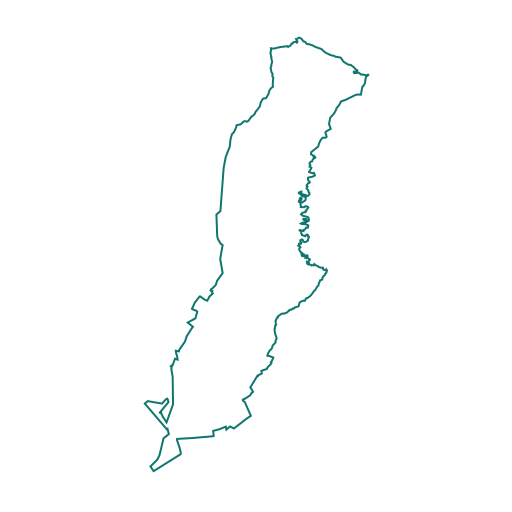 the district of Mereni, Covasna, Romania, rotated 3°
{"feature_id": "2599482B11126024724962", "entity_name": "Mereni", "entity_type": "district", "adm_level": 2, "iso_a3": "ROU", "parent_name": "Romania", "parent_adm1": "Covasna", "projection": "orthographic", "projection_center": [26.261, 46.117], "detail": "fine", "context": "isolated", "style": "outline", "palette": "teal", "viewbox_px": 512, "rotation_deg": 3, "n_neighbors": 0, "source": "geoboundaries", "source_scale": "gbopen_adm2", "svg_char_len": 6079}
<svg xmlns="http://www.w3.org/2000/svg" viewBox="0 0 512 512"><g transform="rotate(3 256 256)"><path d="M191.1,457.9L191.2,456.6L190.1,452.5L186.7,443.8L186.8,442.8L202.8,441.0L222.8,438.2L223.2,438.0L222.4,432.9L228.5,430.9L234.8,428.0L235.5,430.9L239.0,427.6L243.0,429.4L255.4,418.7L259.2,415.9L252.5,402.5L250.7,401.2L250.3,400.5L250.6,399.9L252.5,399.1L257.5,395.4L258.5,393.3L260.2,391.8L257.2,387.5L263.6,375.7L264.1,375.8L264.1,375.2L268.0,373.0L267.4,370.4L272.8,368.2L273.4,366.5L276.1,363.6L277.1,361.9L277.1,361.6L276.5,361.2L277.6,359.4L278.6,356.5L275.0,355.3L272.6,355.0L272.5,354.7L273.3,352.3L274.7,349.5L276.2,348.2L276.9,346.6L277.3,344.6L280.0,341.4L280.0,339.5L280.8,337.7L280.8,336.5L279.5,333.6L278.8,331.1L278.3,327.9L278.7,327.2L278.6,326.1L279.1,323.9L279.6,323.8L278.9,320.1L279.9,317.2L280.7,316.6L280.7,315.7L281.2,315.5L281.3,314.9L284.4,312.5L285.9,312.0L286.6,312.2L289.7,311.0L290.7,309.8L291.5,309.4L291.7,308.7L293.2,307.7L294.1,307.8L295.8,306.4L296.2,306.6L297.6,305.3L300.6,304.3L301.3,303.6L301.5,301.9L302.2,299.9L305.4,298.1L307.1,298.2L308.2,295.7L309.4,295.4L312.4,293.0L314.9,289.5L315.3,288.4L316.6,287.3L318.9,283.1L319.9,282.2L319.9,281.3L320.4,279.2L321.0,278.4L321.2,277.0L323.4,276.0L323.5,273.9L324.2,273.3L324.3,272.7L325.9,271.2L326.2,269.8L326.7,269.6L327.3,268.5L327.6,266.6L326.9,265.7L326.7,266.3L326.1,266.6L324.0,266.1L323.7,265.5L323.8,264.3L324.3,264.1L321.4,264.3L319.4,263.8L318.3,262.8L316.3,262.3L314.6,261.0L314.0,262.3L312.4,262.2L312.1,262.5L310.9,261.8L309.6,261.8L309.2,261.4L308.0,261.5L307.7,260.6L306.7,259.9L307.1,260.0L307.1,259.2L307.8,259.6L308.2,259.1L309.1,259.9L308.8,258.6L309.5,257.3L309.8,257.3L309.9,256.5L308.0,255.6L305.6,255.3L305.9,254.9L307.4,254.7L307.6,253.3L307.4,253.0L306.8,253.4L306.7,253.0L306.2,253.3L306.1,252.9L304.3,253.8L303.4,253.8L303.3,253.4L304.0,252.6L304.0,252.3L301.8,253.3L301.4,252.0L303.3,252.1L302.5,251.1L300.6,249.9L299.0,247.8L298.7,246.9L298.9,246.3L299.9,244.9L297.7,243.5L298.1,243.0L298.2,242.2L298.6,242.5L298.7,241.9L299.0,242.1L299.3,241.2L300.1,241.4L300.5,240.7L300.7,240.2L300.1,239.9L299.3,238.4L299.5,237.8L300.7,237.5L301.0,237.1L301.5,237.6L301.9,237.6L302.5,238.9L303.6,239.6L304.8,239.4L307.1,237.9L307.0,237.1L307.9,234.2L307.7,233.8L306.9,233.6L306.8,232.4L306.3,232.0L305.1,232.1L304.2,233.7L300.8,232.7L300.7,231.9L299.9,230.8L299.7,228.9L298.2,228.2L298.4,227.8L302.0,228.6L301.9,227.6L303.2,227.1L303.8,226.5L304.5,225.0L306.4,224.9L306.6,222.7L303.8,221.6L300.3,221.7L299.2,221.3L300.9,220.2L304.4,219.5L304.1,218.2L302.1,217.5L301.3,216.9L301.4,216.4L304.3,216.5L304.9,217.8L305.8,218.6L306.6,218.4L307.0,217.3L306.5,215.3L305.7,214.4L300.5,213.3L298.8,212.0L300.0,210.5L303.3,209.5L303.2,208.3L303.9,208.0L304.1,207.2L305.7,204.9L305.1,204.1L303.1,203.6L302.4,203.9L301.8,204.8L298.2,204.8L298.3,203.9L297.7,202.5L297.8,200.4L296.1,199.7L295.8,199.1L296.5,197.9L296.9,195.9L297.6,195.4L298.4,196.0L298.5,196.9L297.5,199.1L297.8,199.7L299.0,200.3L302.3,197.9L302.6,197.2L302.5,196.1L302.7,195.3L301.5,194.0L299.3,194.0L298.3,192.7L297.6,192.5L296.9,191.6L295.9,191.3L295.4,190.8L295.8,190.2L297.9,189.3L298.1,191.1L298.7,191.8L302.5,192.6L303.7,193.5L304.5,193.3L306.2,191.7L305.9,189.9L305.3,189.5L304.6,187.6L303.0,185.9L303.0,185.4L303.8,184.2L302.9,183.4L302.8,182.8L303.6,181.9L304.0,180.8L305.4,180.2L305.8,179.8L305.8,179.3L304.1,177.5L303.8,175.4L304.1,174.9L307.9,174.0L310.4,172.7L310.6,172.2L309.4,169.9L307.9,170.4L304.6,169.4L304.6,169.0L306.0,166.8L306.7,165.0L304.8,164.0L305.6,162.4L304.6,161.2L304.7,160.2L305.7,159.0L307.0,158.6L307.7,156.5L309.0,155.3L309.7,155.1L310.1,154.5L309.0,153.2L308.3,153.9L307.7,152.6L305.6,151.5L305.7,149.4L312.4,143.4L313.0,140.6L313.9,138.1L315.8,134.9L316.4,134.4L319.3,134.2L320.2,133.4L320.3,133.0L318.9,129.5L319.0,128.6L319.5,128.0L324.0,125.1L322.0,120.3L322.9,114.0L326.4,109.7L327.8,107.0L328.9,103.9L331.0,101.2L332.9,97.1L337.3,95.4L346.7,90.1L349.0,89.4L352.3,89.4L353.3,81.7L354.8,79.7L355.8,77.5L356.1,73.3L356.5,71.3L359.3,68.8L356.4,69.8L353.8,69.2L351.7,69.4L348.9,67.6L344.6,68.3L344.0,67.4L344.1,66.8L345.0,67.0L347.2,66.5L347.5,66.0L347.4,65.2L345.6,64.4L344.0,62.5L340.6,60.2L338.2,60.1L333.7,57.7L332.6,56.7L330.6,53.8L329.9,53.4L324.4,52.7L323.3,51.9L321.9,51.9L319.5,51.3L315.1,49.4L311.9,47.2L310.6,45.9L304.3,44.1L301.4,42.7L298.2,41.8L295.7,41.6L293.7,39.5L292.1,39.2L290.2,36.8L288.6,35.9L287.1,35.8L285.3,37.4L284.8,37.4L286.2,39.8L285.7,40.8L284.6,39.9L281.9,40.8L281.3,42.0L280.8,41.9L280.0,42.6L279.3,44.2L277.1,45.5L276.7,44.8L269.1,46.1L262.8,48.0L260.0,47.8L260.3,50.0L259.7,52.4L260.3,53.9L260.5,55.7L261.0,56.4L260.9,57.7L262.0,61.3L261.3,64.1L261.3,66.1L260.9,66.7L260.8,67.5L261.8,71.6L263.1,73.4L262.8,75.1L263.0,75.8L263.9,76.9L263.7,83.8L264.1,86.1L262.5,87.4L260.9,89.6L259.9,93.8L258.0,97.4L257.6,97.9L254.9,98.4L253.7,100.3L252.6,102.8L252.0,106.3L250.6,108.6L247.8,112.4L247.5,113.8L245.8,115.9L244.1,117.1L241.5,121.2L240.5,122.1L239.7,122.3L238.2,121.9L236.6,122.3L233.7,125.4L230.2,126.2L229.7,126.7L229.5,128.4L228.8,130.3L227.4,133.6L225.8,135.3L225.0,138.0L224.4,141.3L224.1,148.1L220.6,158.6L219.1,169.6L218.1,213.0L214.3,216.7L216.2,238.1L217.0,240.9L219.9,245.4L222.1,246.8L220.4,260.8L223.6,274.8L218.5,282.7L217.3,287.1L214.0,290.8L212.8,291.6L212.4,292.6L213.2,293.5L214.0,293.4L213.7,294.1L214.8,295.7L211.5,299.1L209.7,303.2L207.3,302.4L202.2,299.2L201.5,299.8L197.4,305.7L194.8,312.1L196.7,313.1L199.2,313.7L200.3,314.7L198.7,321.5L191.3,326.0L196.7,330.0L195.3,332.1L191.0,339.8L189.5,345.3L184.4,353.5L184.0,355.3L180.9,354.8L181.5,358.0L181.8,358.1L182.8,361.6L183.1,363.6L180.5,362.8L178.3,369.9L177.2,369.8L176.7,370.7L177.4,371.2L177.5,372.8L177.3,373.2L179.1,381.0L180.9,408.5L175.4,426.8L171.0,420.9L170.4,419.4L169.8,418.6L169.5,417.0L167.7,418.0L176.2,406.5L175.5,404.0L174.8,403.1L173.7,403.7L169.8,408.3L155.5,406.6L152.7,409.2L175.9,433.6L176.1,433.9L176.7,433.3L178.3,438.4L173.2,442.9L170.3,458.8L169.7,460.9L168.0,464.6L161.6,471.7L165.0,476.2L191.1,457.9Z" fill="none" stroke="#0f766e" stroke-width="2"/></g></svg>